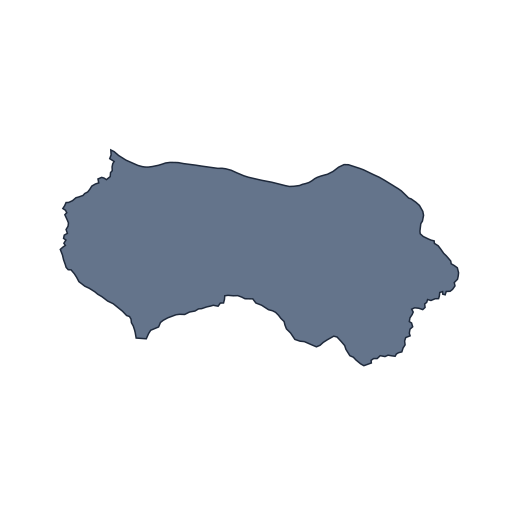 the district of Tupiratins, Tocantins, Brazil, rotated 289°
{"feature_id": "56859067B80877563897035", "entity_name": "Tupiratins", "entity_type": "district", "adm_level": 2, "iso_a3": "BRA", "parent_name": "Brazil", "parent_adm1": "Tocantins", "projection": "albers", "projection_center": [-48.216, -8.355], "detail": "fine", "context": "isolated", "style": "filled", "palette": "slate", "viewbox_px": 512, "rotation_deg": 289, "n_neighbors": 0, "source": "geoboundaries", "source_scale": "gbopen_adm2", "svg_char_len": 3214}
<svg xmlns="http://www.w3.org/2000/svg" viewBox="0 0 512 512"><g transform="rotate(289 256 256)"><path d="M201.0,240.6L204.8,240.3L208.2,239.4L209.7,242.3L211.0,247.5L212.6,251.7L212.5,256.0L212.0,259.5L214.4,266.9L211.5,271.2L211.3,277.3L209.3,285.3L209.6,289.5L209.1,292.9L207.3,296.6L205.1,299.8L203.2,303.9L200.2,305.8L197.0,308.5L194.5,313.7L189.8,319.9L189.8,325.4L190.8,329.6L190.2,336.9L189.8,342.7L192.4,345.6L196.2,347.7L200.0,350.7L205.5,355.6L205.8,359.0L202.9,364.4L200.2,369.0L197.0,371.4L192.3,377.2L192.0,381.0L190.2,384.4L188.1,390.0L187.4,393.7L192.4,399.9L194.8,398.8L197.3,400.6L198.5,404.0L202.2,405.9L202.9,410.7L205.2,413.1L205.8,416.8L206.5,420.2L209.0,420.6L211.0,422.3L212.8,425.1L216.9,425.0L220.5,425.9L224.0,424.2L227.6,424.1L230.7,427.7L232.9,426.1L236.9,425.4L240.1,427.2L243.3,424.9L243.9,422.3L247.6,421.7L251.5,422.7L254.2,422.9L256.4,420.5L258.7,422.9L259.6,426.9L259.6,431.1L262.4,432.6L265.6,431.1L267.7,432.5L270.7,432.4L270.9,435.9L273.9,439.3L275.1,442.5L277.9,442.4L281.3,441.6L283.1,444.0L280.7,445.0L280.9,447.5L284.4,447.4L285.8,451.0L288.4,452.7L292.5,453.9L295.4,452.1L299.6,454.1L303.0,453.7L306.1,453.0L310.4,450.2L311.5,446.6L312.2,443.1L314.6,441.8L316.3,439.0L318.2,435.7L319.6,432.6L322.6,428.5L325.0,424.9L326.0,420.6L328.3,419.5L328.0,416.4L328.2,413.5L328.9,407.7L330.5,404.0L332.9,402.9L340.2,401.3L343.2,402.0L349.0,401.2L352.5,399.2L357.0,394.1L358.9,389.6L360.5,384.1L360.5,381.4L361.8,378.8L364.9,372.2L366.0,368.3L366.7,365.0L367.4,362.1L368.0,359.3L369.5,352.6L370.6,346.8L370.9,343.6L371.2,340.5L371.8,335.4L372.5,329.6L372.6,325.8L372.5,319.5L372.4,313.7L371.1,309.5L366.9,305.2L361.0,301.3L356.5,296.9L355.2,294.9L352.7,291.3L350.3,288.3L348.3,286.4L345.1,284.2L342.7,282.1L340.6,279.3L338.9,276.6L336.8,274.2L334.3,269.2L332.6,264.9L332.1,261.0L330.9,246.9L329.5,237.2L329.1,233.7L328.0,223.1L327.9,218.4L328.4,210.8L329.0,204.6L328.6,198.9L327.9,195.4L326.4,191.2L323.3,175.3L322.2,169.1L319.8,157.5L319.0,152.1L318.2,149.4L316.5,144.2L314.5,140.2L312.4,137.5L310.0,134.2L308.4,131.5L306.8,128.8L304.9,125.0L304.0,122.1L303.5,119.4L303.2,115.0L303.4,112.4L304.3,101.9L306.3,93.4L308.5,87.9L309.0,84.2L304.4,86.1L300.4,86.0L299.2,91.1L296.6,90.5L293.4,90.9L289.9,92.3L287.5,91.3L283.6,92.3L279.5,89.7L280.2,87.0L280.1,84.5L277.4,81.5L273.9,83.5L271.8,80.7L268.7,78.0L264.8,77.1L261.7,76.0L259.3,73.7L256.9,72.7L253.9,68.9L252.5,66.8L248.6,64.5L245.7,61.5L244.7,59.0L241.2,58.7L238.0,57.9L237.2,61.0L235.3,63.0L232.8,61.8L228.4,66.0L226.2,67.9L223.0,68.6L219.2,67.8L216.0,70.3L213.3,67.9L210.0,68.3L209.2,71.1L205.5,70.2L203.9,72.3L201.5,70.5L198.5,68.8L193.9,72.7L189.9,75.2L185.9,78.4L183.4,80.2L181.9,82.9L182.7,85.6L180.1,90.0L177.4,93.4L174.1,96.9L171.7,104.0L171.2,108.8L169.7,115.2L168.3,118.9L167.4,123.5L165.1,130.4L164.4,136.5L160.3,147.8L157.6,153.0L157.6,156.1L155.6,158.4L152.4,159.9L149.9,162.7L146.6,165.2L144.3,166.7L139.4,169.4L142.0,179.2L147.7,179.7L151.5,180.6L157.2,187.0L162.0,187.3L165.0,189.2L168.8,192.7L174.4,199.5L176.0,202.7L177.5,207.6L181.4,211.4L184.1,216.2L187.3,218.9L188.5,221.7L191.7,225.8L193.9,229.4L195.5,231.6L196.2,236.5L199.9,237.6L201.0,240.6Z" fill="#64748b" stroke="#1e293b" stroke-width="1.5"/></g></svg>